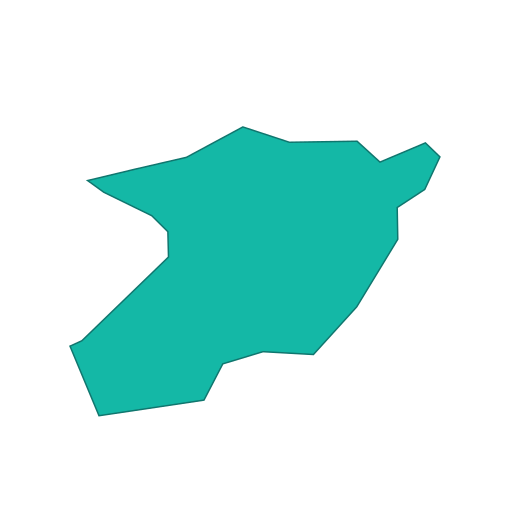 an SVG outline of Dublin, rotated 167°
{"feature_id": "IRL-5575", "entity_name": "Dublin", "entity_type": "County", "adm_level": 1, "iso_a3": "IRL", "parent_name": "Ireland", "parent_adm1": "", "projection": "natural_earth1", "projection_center": [-6.257, 53.366], "detail": "fine", "context": "isolated", "style": "filled", "palette": "teal", "viewbox_px": 512, "rotation_deg": 167, "n_neighbors": 0, "source": "natural_earth", "source_scale": "10m", "svg_char_len": 468}
<svg xmlns="http://www.w3.org/2000/svg" viewBox="0 0 512 512"><g transform="rotate(167 256 256)"><path d="M457.5,210.0L444.7,212.6L341.5,274.7L336.4,299.5L348.5,318.7L389.9,352.3L403.1,367.4L354.5,367.8L301.6,367.8L239.8,384.7L197.9,359.3L131.7,345.1L114.1,319.6L65.5,328.1L54.5,311.2L76.6,282.9L107.5,271.5L114.1,240.4L169.3,183.8L222.2,147.1L270.7,161.2L312.6,158.4L339.1,127.3L444.9,135.7L457.5,210.0Z" fill="#14b8a6" stroke="#0f766e" stroke-width="1.5"/></g></svg>